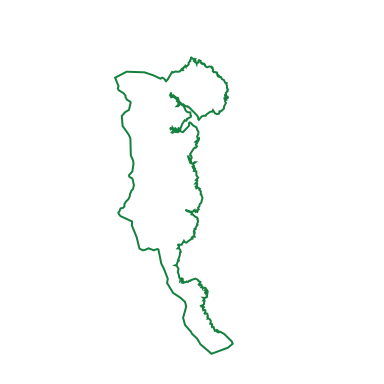 Rull, Federated States of Micronesia (Albers equal-area conic projection), rotated 314°
{"feature_id": "79324940B71932148328417", "entity_name": "Rull", "entity_type": "district", "adm_level": 2, "iso_a3": "FSM", "parent_name": "Federated States of Micronesia", "parent_adm1": "", "projection": "albers", "projection_center": [138.096, 9.488], "detail": "fine", "context": "isolated", "style": "outline", "palette": "green", "viewbox_px": 384, "rotation_deg": 314, "n_neighbors": 0, "source": "geoboundaries", "source_scale": "gbopen_adm2", "svg_char_len": 6116}
<svg xmlns="http://www.w3.org/2000/svg" viewBox="0 0 384 384"><g transform="rotate(314 192 192)"><path d="M111.1,326.7L112.2,324.2L112.2,313.6L111.0,309.3L109.3,308.5L109.0,307.7L110.0,307.3L109.3,306.5L110.1,306.1L109.8,305.5L108.0,304.8L109.8,301.4L108.7,300.4L109.3,299.4L110.4,299.0L110.8,298.2L109.9,296.6L112.1,295.4L112.5,294.5L112.8,293.0L112.4,291.6L111.7,291.2L113.0,290.3L112.9,289.8L113.7,289.6L114.9,287.9L114.9,287.0L113.4,285.9L113.5,285.3L114.7,285.1L116.1,284.0L116.0,283.0L114.7,282.2L116.1,280.5L117.4,280.6L117.5,280.2L116.6,280.0L116.7,279.5L118.4,279.7L116.7,279.1L116.1,278.3L116.3,277.5L118.3,278.4L119.9,278.5L121.1,277.2L122.4,276.8L122.8,275.8L122.2,275.4L124.3,274.8L123.7,274.2L123.7,273.6L124.8,275.0L127.0,275.7L127.6,274.4L127.2,273.9L128.3,274.5L131.3,272.4L130.9,271.7L128.5,272.0L128.6,271.4L129.5,271.0L129.9,271.5L131.7,271.3L131.9,270.4L130.9,269.5L131.9,269.5L132.4,268.2L130.9,266.6L130.2,266.7L130.8,265.8L129.9,264.8L131.1,264.5L131.7,263.4L131.6,262.8L130.1,262.3L130.0,261.2L133.1,260.6L132.5,258.2L132.9,257.1L132.0,254.6L128.0,252.5L127.0,252.6L126.2,251.6L124.4,251.6L124.0,250.4L122.9,250.3L121.8,249.0L120.8,249.1L119.8,247.6L121.7,247.2L123.1,245.6L122.7,244.7L121.2,245.4L119.9,245.3L121.3,244.4L121.7,242.1L123.4,239.9L124.6,237.3L127.3,235.7L128.3,232.4L127.5,230.8L129.0,231.5L133.0,229.7L133.3,230.2L133.7,230.0L133.5,229.2L137.9,227.3L140.3,225.3L141.1,225.6L142.2,223.7L142.4,221.5L141.7,220.9L143.7,220.8L144.1,220.4L144.2,218.0L145.0,219.6L145.4,219.5L146.8,221.2L151.3,220.1L150.9,221.4L151.6,223.1L158.1,224.2L158.7,224.8L159.4,224.2L159.4,223.4L160.8,223.7L161.7,224.9L162.5,223.4L164.0,222.6L163.9,221.9L165.0,221.8L165.1,220.5L166.5,220.2L167.1,219.5L168.0,220.3L169.2,219.2L172.3,218.8L172.5,217.9L175.3,216.7L176.0,215.0L176.8,214.7L177.1,213.0L176.4,211.4L176.4,208.6L175.6,207.3L176.6,207.1L176.8,206.1L174.8,201.4L174.6,199.6L177.0,204.9L179.1,206.5L180.5,206.2L180.2,208.6L181.0,208.8L181.6,208.2L181.6,209.5L183.1,208.6L184.2,208.9L184.9,207.3L186.7,207.3L188.7,206.0L190.6,206.1L195.1,203.6L196.2,200.9L196.8,200.5L196.5,199.7L198.6,197.9L198.7,195.7L199.7,195.5L199.3,193.0L197.7,192.6L198.5,190.8L199.6,191.4L201.5,190.2L201.6,189.6L200.5,188.6L203.3,188.3L204.0,187.7L203.4,186.5L206.5,186.4L207.1,183.5L209.9,180.8L208.6,178.9L209.5,178.8L209.4,177.3L210.1,178.4L210.7,178.1L210.2,177.6L210.0,176.4L210.6,174.9L211.3,175.4L210.9,175.7L211.2,176.6L212.1,175.5L212.0,174.7L212.9,173.3L215.8,173.8L215.3,173.2L212.8,172.8L212.3,172.1L212.6,171.2L211.9,171.1L211.7,170.5L214.8,164.5L215.1,164.8L214.7,166.3L212.7,169.4L212.8,170.8L214.1,168.8L216.6,167.9L217.6,165.7L217.3,165.0L218.2,164.3L224.4,163.1L225.9,163.2L226.3,163.9L228.3,163.8L228.7,161.9L230.4,161.8L230.3,159.7L232.8,160.0L231.6,160.5L232.4,161.2L235.2,160.2L235.6,159.6L234.3,159.2L235.5,157.1L237.9,156.4L239.9,154.6L240.2,152.9L241.6,150.4L240.6,146.7L240.9,143.2L240.4,142.0L239.5,142.0L238.1,143.5L237.0,143.9L228.8,143.9L227.3,140.9L227.9,140.5L227.6,140.0L226.8,140.6L225.2,140.3L222.5,136.8L221.9,136.5L221.1,136.9L220.8,136.1L223.4,136.0L224.0,135.3L223.6,133.8L222.3,133.2L222.6,132.4L223.3,132.3L224.1,133.3L224.1,134.0L224.8,133.4L224.5,134.9L226.4,135.8L226.2,136.8L224.8,136.5L224.6,137.6L226.3,138.7L228.6,138.0L229.2,139.9L234.2,137.7L238.6,136.9L239.1,138.3L240.9,138.1L241.1,137.6L245.0,139.0L246.3,138.2L246.2,137.6L248.1,135.5L246.5,133.6L246.2,132.1L246.2,130.9L248.0,126.6L247.5,122.9L247.2,122.4L244.1,122.4L243.2,121.5L245.7,121.5L247.0,119.8L246.9,118.0L248.3,117.9L247.7,112.8L247.2,111.9L245.7,111.3L246.6,108.1L246.7,108.7L247.6,108.9L249.0,107.5L246.7,110.4L248.6,111.3L248.9,115.1L249.9,116.5L247.8,120.4L248.3,121.2L248.1,124.4L249.1,124.9L249.1,127.2L249.5,128.3L250.6,129.2L250.3,130.4L250.9,131.1L250.6,141.9L250.1,144.3L248.8,145.9L248.7,146.8L253.1,146.5L255.3,147.6L256.3,148.9L257.4,148.5L261.7,149.2L263.5,150.1L264.0,150.9L265.4,150.3L264.6,154.0L265.5,156.1L267.4,156.9L269.2,155.7L269.6,156.2L269.3,156.5L270.1,156.8L274.2,157.0L275.9,155.6L279.7,154.5L280.2,152.8L281.1,152.1L281.5,152.3L281.3,151.5L281.8,150.3L282.7,150.8L282.2,151.0L282.8,152.1L284.9,152.3L285.3,151.3L284.7,150.9L284.9,150.0L283.8,149.9L284.5,149.5L284.2,148.8L285.0,148.2L285.8,148.7L287.0,147.5L289.5,147.5L289.6,146.8L290.7,146.5L291.1,144.9L292.8,143.2L293.5,141.7L294.4,141.3L293.7,139.9L294.7,137.1L294.0,135.2L294.8,133.0L294.0,132.1L294.3,130.7L293.5,130.9L293.2,130.4L293.5,129.5L294.0,129.5L294.3,127.9L295.1,127.5L295.3,126.8L294.4,125.9L294.3,125.0L293.3,124.5L293.3,123.1L294.9,122.0L295.0,120.3L295.6,120.3L295.7,119.0L294.2,117.2L292.3,116.3L291.9,115.4L291.9,113.4L292.5,113.2L292.7,112.1L292.6,111.4L291.6,111.1L291.3,110.4L291.8,110.2L291.7,109.5L291.1,109.2L291.1,108.1L292.3,107.3L291.8,105.5L291.1,105.4L289.4,106.6L288.3,105.8L287.4,106.4L288.1,104.9L287.9,103.7L288.6,103.4L288.4,103.0L287.6,103.4L287.6,102.2L289.8,102.0L288.2,99.7L288.4,98.3L287.9,98.0L287.5,98.6L285.3,99.2L285.0,99.8L282.5,99.8L281.8,100.8L280.6,101.1L278.6,100.8L278.4,99.8L277.7,100.4L277.8,99.6L275.1,99.5L274.7,99.9L274.3,99.3L273.4,99.2L273.1,100.6L271.6,99.3L270.1,99.4L268.4,98.1L267.3,96.5L264.8,95.3L264.5,94.3L255.9,96.4L253.6,96.4L253.6,95.8L254.0,95.7L254.1,92.9L253.5,91.1L251.6,90.6L249.1,83.2L245.0,74.6L233.1,61.4L220.8,57.3L217.1,65.6L215.0,66.7L214.3,68.5L215.5,74.1L215.2,77.1L214.0,78.4L213.2,81.2L214.1,84.8L213.7,85.8L207.3,89.6L202.7,88.4L197.9,88.7L191.3,96.2L189.3,106.6L187.8,110.4L175.7,122.7L173.8,127.7L171.8,130.2L165.4,134.8L160.4,135.0L159.6,135.9L159.5,137.1L160.2,139.3L159.8,140.7L156.5,145.5L153.2,147.5L150.7,147.6L147.5,148.8L145.5,150.3L142.7,151.2L138.7,151.2L136.3,151.8L134.7,153.4L132.9,153.5L130.5,152.0L127.7,153.2L125.9,153.4L125.3,154.6L125.0,157.4L129.2,169.4L126.1,172.1L121.0,183.7L114.8,193.4L115.8,197.0L117.4,198.3L121.3,199.8L123.5,205.0L126.8,206.6L127.3,207.8L119.3,219.4L116.7,226.4L112.7,234.9L109.2,237.3L106.3,248.5L107.9,257.2L108.1,263.3L105.6,267.4L95.3,273.0L91.5,279.4L90.7,288.7L90.0,290.4L90.1,297.6L88.3,303.9L89.2,318.4L105.0,326.0L111.1,326.7Z" fill="none" stroke="#15803d" stroke-width="2"/></g></svg>